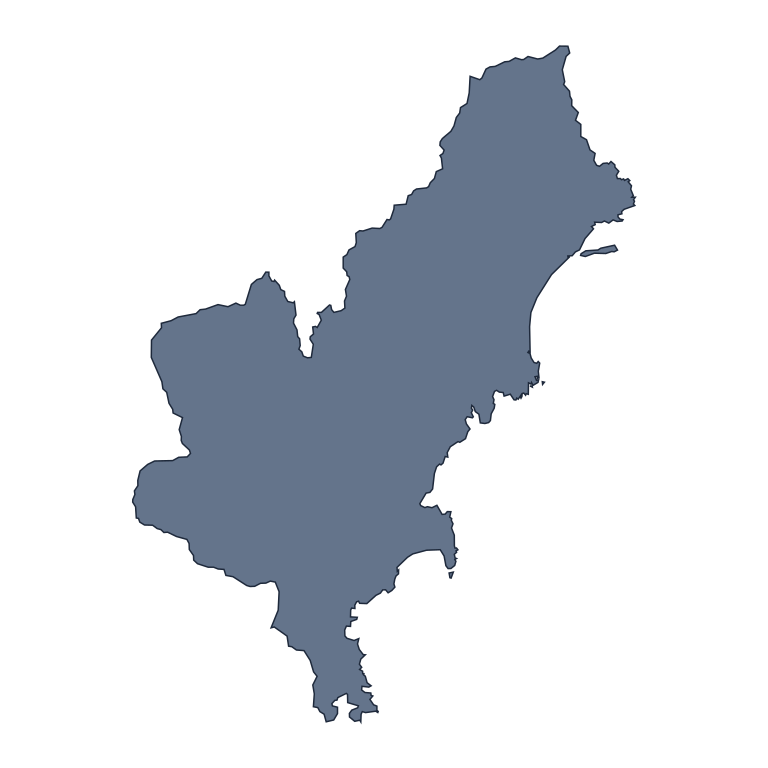 the district of Bolaang Mongondow Timur, Sulawesi Utara, Indonesia
{"feature_id": "22746128B26195600949416", "entity_name": "Bolaang Mongondow Timur", "entity_type": "district", "adm_level": 2, "iso_a3": "IDN", "parent_name": "Indonesia", "parent_adm1": "Sulawesi Utara", "projection": "albers", "projection_center": [124.549, 0.712], "detail": "fine", "context": "isolated", "style": "filled", "palette": "slate", "viewbox_px": 768, "rotation_deg": 0, "n_neighbors": 0, "source": "geoboundaries", "source_scale": "gbopen_adm2", "svg_char_len": 6111}
<svg xmlns="http://www.w3.org/2000/svg" viewBox="0 0 768 768"><path d="M161.3,323.3L161.5,327.8L151.5,340.1L151.3,357.4L161.9,381.7L162.9,388.8L166.7,392.3L169.0,403.3L172.7,409.3L173.1,413.0L182.5,417.6L179.2,429.6L181.4,436.5L181.2,440.4L182.4,443.5L189.4,450.0L190.5,453.4L187.2,456.9L178.7,457.3L172.7,460.6L154.6,461.0L147.7,464.4L140.1,470.9L137.8,480.4L137.9,485.7L134.4,490.9L134.9,494.5L132.8,499.5L132.7,502.1L135.6,506.8L136.3,518.0L138.5,518.4L139.8,522.1L144.5,525.0L152.6,525.2L157.2,528.6L160.9,529.6L163.9,532.5L167.6,532.2L176.5,536.5L186.9,539.4L189.1,543.5L189.3,549.5L193.5,555.5L193.7,560.1L197.5,563.7L208.2,567.2L213.6,567.2L218.1,569.0L224.0,569.4L225.9,575.4L233.0,576.7L246.7,585.5L250.1,586.5L254.7,586.3L260.5,583.3L265.9,583.1L270.3,581.1L275.3,582.1L279.1,591.7L278.2,610.2L271.1,627.8L274.3,627.0L287.1,636.1L288.6,646.2L291.8,646.7L296.4,650.0L304.0,650.6L310.2,660.4L313.6,671.9L317.1,676.3L312.8,685.0L314.3,693.9L313.4,706.7L317.8,707.6L319.9,711.6L324.1,714.2L326.2,721.8L333.7,720.0L337.5,713.6L337.5,707.2L332.4,705.9L331.9,703.6L334.8,700.4L337.0,700.1L337.8,697.6L346.3,693.4L347.5,694.4L347.7,702.6L358.4,705.8L357.7,707.8L351.8,710.1L349.4,713.4L349.5,717.0L354.7,721.3L359.8,720.2L360.8,721.9L361.1,714.2L362.3,711.6L365.5,712.6L375.7,711.2L377.8,712.5L378.2,711.4L376.9,710.4L376.9,706.1L373.6,704.8L369.9,699.4L372.8,696.0L371.1,695.4L370.8,693.0L364.9,692.5L361.6,689.9L362.0,686.3L368.8,687.1L371.1,685.8L367.1,682.7L365.3,676.2L363.7,675.0L363.9,673.7L362.7,673.7L362.6,671.2L359.6,669.5L361.7,667.3L359.4,664.2L360.8,659.1L365.3,654.8L363.2,654.6L359.3,649.5L357.5,644.0L358.8,638.6L354.1,640.5L347.0,638.3L344.9,635.9L344.7,630.0L346.4,626.1L350.5,626.4L350.8,621.5L356.7,619.4L357.3,617.3L350.5,616.9L350.7,609.9L351.6,608.1L354.9,608.5L354.8,605.2L356.6,601.8L358.6,601.2L359.6,603.3L366.8,603.6L376.0,595.3L380.4,593.1L382.7,589.9L385.6,589.8L388.1,592.8L391.8,590.5L394.9,587.1L393.9,583.9L394.8,579.1L396.0,576.0L398.5,573.8L398.6,570.0L397.3,571.3L397.0,567.4L407.5,557.3L412.8,553.9L426.6,550.2L440.2,549.7L444.1,556.0L445.9,565.7L448.1,568.6L450.9,568.5L454.7,565.5L455.9,561.3L454.8,559.5L456.5,558.5L455.1,558.0L454.3,554.3L456.6,552.3L456.0,550.9L457.9,549.8L456.5,548.0L455.0,548.1L454.4,545.9L454.3,535.2L451.5,528.0L453.0,523.8L451.3,520.3L451.7,518.6L449.7,517.1L450.9,511.7L447.3,511.6L445.2,514.1L442.1,514.4L436.9,505.3L432.0,507.7L427.4,506.7L424.9,507.6L420.7,505.6L419.8,503.7L426.1,493.1L429.9,492.4L432.6,489.0L434.4,473.5L436.6,466.8L439.5,464.1L441.0,464.9L443.0,463.2L445.2,456.5L447.8,457.1L447.2,452.6L450.3,446.7L458.0,441.6L459.8,442.3L465.5,438.7L467.8,431.7L470.0,429.0L466.4,423.9L465.2,419.6L467.2,416.7L472.4,417.8L473.3,416.8L471.3,412.7L472.7,410.1L471.4,408.2L471.8,405.4L473.8,407.1L475.3,411.6L478.9,414.2L480.3,422.9L484.9,423.5L488.6,422.6L490.4,420.6L491.2,413.8L494.2,408.2L494.8,404.4L493.3,403.4L494.0,399.7L492.6,396.6L494.5,391.4L496.6,390.3L499.3,392.1L503.2,392.5L504.1,396.1L510.3,394.2L514.0,399.8L515.9,400.0L516.8,398.1L518.2,399.2L522.1,393.5L523.8,393.1L525.6,395.2L526.2,393.7L528.3,394.3L528.5,382.8L531.0,384.1L531.5,382.5L533.1,385.3L538.0,382.4L538.6,379.8L536.5,380.4L535.0,376.7L537.3,376.3L537.5,378.4L539.0,377.9L538.3,371.2L539.7,363.1L538.2,361.5L536.7,363.3L534.0,362.5L531.2,358.0L530.0,353.5L527.9,352.5L528.8,351.1L530.1,352.0L529.6,326.6L530.9,312.5L536.9,297.7L551.5,274.6L569.7,256.7L568.0,257.2L567.8,256.0L572.2,255.7L575.4,251.9L579.5,249.9L585.0,238.6L593.5,228.8L591.5,226.5L595.2,224.6L594.6,222.2L601.6,222.5L604.4,221.0L608.8,223.1L613.1,219.9L617.1,221.5L622.2,221.0L623.0,219.7L619.9,219.1L618.0,216.9L618.0,214.8L621.9,213.8L621.6,211.6L624.1,209.3L634.8,205.5L633.4,204.0L634.5,201.2L633.5,199.8L635.3,197.2L631.8,197.3L633.3,195.6L630.7,189.2L631.5,185.8L628.2,181.8L629.8,180.6L627.9,178.7L624.5,180.4L623.6,178.9L621.5,179.7L620.3,178.5L617.4,178.6L616.4,175.2L618.8,171.3L615.0,167.3L614.8,164.8L611.0,161.5L608.7,164.0L607.2,163.0L603.1,163.4L599.5,166.3L596.6,165.3L593.8,160.3L595.1,153.4L590.0,149.9L586.5,139.7L580.8,136.5L580.8,124.4L575.5,120.3L578.3,112.5L571.7,105.7L571.8,99.8L570.0,96.3L569.5,91.2L563.6,84.5L564.7,81.7L562.3,69.7L566.1,56.4L569.7,53.0L567.9,46.2L559.5,46.1L555.5,50.0L542.8,58.1L537.7,59.0L528.0,56.5L523.7,59.5L521.6,59.7L515.4,57.9L509.1,61.4L504.7,61.8L495.2,66.4L490.0,66.9L486.0,69.1L481.9,78.0L479.8,79.7L470.1,76.3L469.2,92.9L467.0,103.5L460.5,107.6L459.7,113.0L456.3,117.5L454.0,125.9L450.9,131.3L442.4,138.5L440.2,141.9L439.9,145.4L444.1,150.1L442.9,153.5L440.0,155.5L441.4,158.0L442.6,168.8L436.3,171.6L434.4,178.5L430.3,182.7L428.6,186.6L426.6,187.9L416.5,189.0L413.6,190.9L411.6,194.5L408.2,195.7L406.1,204.2L394.2,205.2L393.9,209.2L390.6,218.9L389.3,219.9L387.0,219.5L382.0,227.4L379.8,228.5L372.1,228.1L363.0,231.0L359.6,230.7L355.8,233.4L356.3,242.7L355.0,246.6L349.0,249.9L346.9,254.6L343.2,257.1L343.2,268.1L346.7,271.8L347.1,275.5L349.1,276.7L349.8,279.5L345.4,289.5L346.5,296.2L344.5,301.0L344.9,308.1L341.1,310.7L333.9,312.4L331.6,309.6L330.8,305.4L329.5,305.0L321.4,312.4L317.6,312.4L317.2,313.5L319.1,314.5L321.3,320.2L317.2,327.5L315.5,326.4L312.7,327.0L313.5,334.0L310.3,336.7L310.0,339.1L313.3,344.3L311.3,357.4L307.5,357.8L303.3,356.1L301.8,351.8L298.9,349.2L300.2,345.6L299.6,338.8L297.7,336.6L297.0,329.9L293.5,323.1L293.8,318.8L296.0,315.1L294.4,301.7L293.2,302.8L287.8,301.5L284.8,296.2L284.5,291.4L280.8,289.6L279.3,285.3L274.6,280.1L274.0,281.5L271.7,281.0L268.9,275.9L268.9,272.2L265.8,272.1L261.8,278.3L257.0,279.6L251.4,284.4L245.3,304.3L243.7,305.2L240.3,305.2L235.9,303.1L228.0,306.7L218.0,304.6L205.5,309.1L200.1,309.7L196.1,313.6L178.1,317.0L171.1,320.7L161.3,323.3ZM614.6,245.2L600.8,248.2L598.0,250.0L585.8,250.8L581.1,253.7L580.6,255.4L585.3,256.5L594.4,253.2L605.8,253.5L611.7,251.5L614.2,251.8L617.5,250.1L614.6,245.2ZM453.3,572.1L449.1,573.0L449.9,577.7L451.1,578.1L453.3,572.1ZM542.6,384.4L544.4,382.2L542.3,381.7L542.6,384.4ZM521.0,398.2L521.9,396.6L522.0,395.4L520.3,396.8L521.0,398.2ZM532.0,386.0L530.0,386.0L532.3,387.1L532.0,386.0Z" fill="#64748b" stroke="#1e293b" stroke-width="1.5"/></svg>